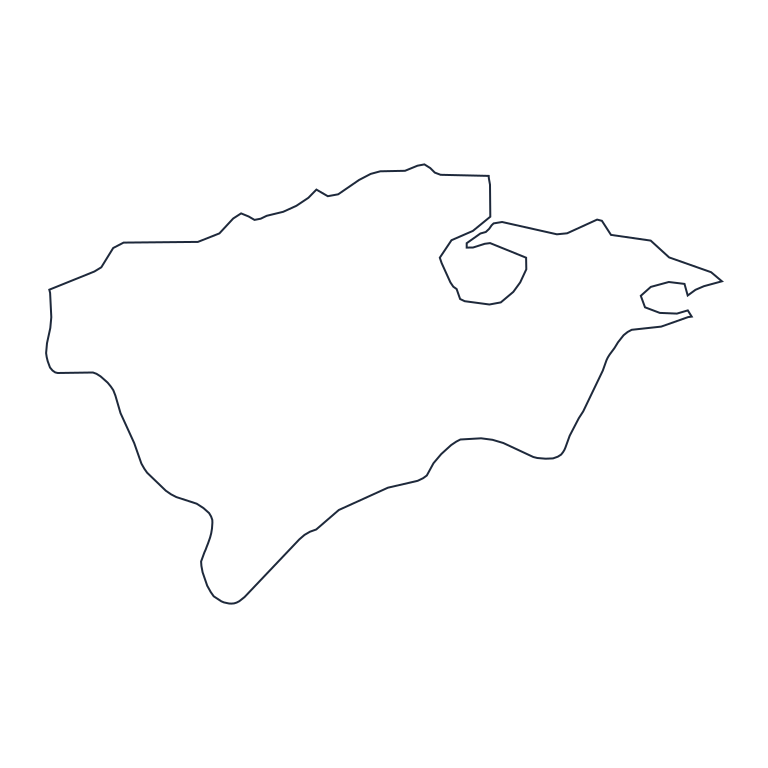 outline of Bizerte
{"feature_id": "TUN-105", "entity_name": "Bizerte", "entity_type": "Governorate", "adm_level": 1, "iso_a3": "TUN", "parent_name": "Tunisia", "parent_adm1": "", "projection": "albers", "projection_center": [9.659, 37.035], "detail": "fine", "context": "isolated", "style": "outline", "palette": "slate", "viewbox_px": 768, "rotation_deg": 0, "n_neighbors": 0, "source": "natural_earth", "source_scale": "10m", "svg_char_len": 2187}
<svg xmlns="http://www.w3.org/2000/svg" viewBox="0 0 768 768"><path d="M49.3,289.7L94.4,271.5L101.3,267.3L113.2,248.0L123.6,242.6L197.9,241.9L219.4,233.4L233.2,218.5L241.1,213.4L248.7,216.5L254.5,219.9L260.7,218.7L266.7,215.8L283.2,211.8L296.4,205.8L308.4,197.8L316.4,189.6L327.8,196.2L338.2,194.3L359.0,180.0L370.7,173.9L380.3,171.3L405.0,170.8L417.5,165.7L424.4,164.4L430.3,168.1L434.8,172.6L440.6,174.8L488.7,175.9L488.8,178.0L490.0,184.7L490.3,216.7L472.9,230.9L451.5,240.2L439.8,257.7L441.6,263.0L450.4,282.4L453.3,286.7L456.6,289.0L460.1,299.0L464.7,301.2L489.4,304.5L500.8,302.4L513.3,291.9L520.2,282.4L526.3,269.3L526.1,257.7L490.1,243.1L484.7,243.8L473.1,247.5L466.7,247.6L466.7,243.2L480.4,233.5L485.8,232.0L489.2,228.8L491.6,225.3L493.6,223.4L502.1,222.0L556.9,234.3L567.1,233.3L597.1,219.6L601.9,220.8L611.0,234.9L650.7,240.6L669.1,257.4L711.1,272.2L721.9,281.3L703.9,286.2L695.5,289.8L687.7,295.5L684.5,283.9L668.8,282.0L650.8,286.9L640.8,295.8L645.0,307.3L659.8,312.9L676.9,313.6L687.8,310.4L691.7,316.6L688.1,317.1L661.2,326.6L631.7,329.8L627.6,332.0L623.6,335.2L618.0,342.3L614.5,348.0L609.6,354.6L607.8,357.5L606.5,360.2L602.8,370.6L583.2,411.4L578.8,418.2L569.7,435.7L565.4,447.6L564.4,449.9L563.0,452.2L561.1,454.6L557.8,456.7L553.0,458.4L545.6,458.7L537.3,458.0L533.3,457.0L503.3,443.0L492.5,439.8L481.1,438.3L460.4,439.5L456.3,441.6L451.1,445.1L441.2,454.1L433.5,463.2L426.8,475.5L423.1,478.2L417.7,480.8L387.9,487.7L338.8,510.0L316.2,529.5L310.0,531.7L304.5,534.9L299.3,539.4L244.6,597.0L239.3,601.2L236.6,602.6L234.0,603.4L231.4,603.6L229.0,603.5L223.9,602.4L221.3,601.3L213.7,596.3L210.7,592.0L207.2,585.7L202.6,572.3L201.4,565.9L201.1,561.5L204.4,552.4L205.7,549.5L206.8,546.5L208.0,543.5L210.1,537.5L211.2,533.3L212.0,528.4L212.4,522.7L212.3,519.9L211.1,516.5L209.1,513.1L203.5,508.1L196.7,503.7L176.4,497.1L171.0,494.3L165.8,490.7L147.1,472.7L144.3,468.7L141.4,463.6L134.2,443.1L120.5,413.1L115.4,395.6L113.3,390.2L110.8,386.5L107.6,382.6L100.6,376.4L96.5,373.8L92.9,372.5L57.7,373.0L55.2,372.4L52.5,370.5L50.0,367.5L47.7,361.2L46.7,357.1L46.1,353.1L47.0,343.2L50.3,328.0L51.3,317.2L50.1,292.9L49.3,289.7Z" fill="none" stroke="#1e293b" stroke-width="2"/></svg>